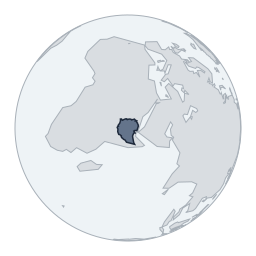 Ethiopia on an orthographic globe, rotated 61°
{"feature_id": "ETH", "entity_name": "Ethiopia", "entity_type": "country or territory", "adm_level": 0, "iso_a3": "ETH", "parent_name": "Africa", "parent_adm1": "", "projection": "orthographic", "projection_center": [38.934, 9.154], "detail": "coarse", "context": "on_globe", "style": "filled", "palette": "slate", "viewbox_px": 256, "rotation_deg": 61, "n_neighbors": 0, "source": "natural_earth", "source_scale": "50m", "svg_char_len": 8037}
<svg xmlns="http://www.w3.org/2000/svg" viewBox="0 0 256 256"><g transform="rotate(61 128 128)"><circle cx="128" cy="128" r="113" fill="#eef3f6" stroke="#a8b0b8"/><path d="M72.1,30.2L73.8,29.3L66.7,33.6L60.9,38.0L59.1,39.3L56.8,40.7L57.4,40.2L64.5,34.9L72.1,30.2ZM51.8,45.1L52.2,44.7L50.6,46.2L50.3,46.4L51.8,45.1ZM15.7,119.4L15.7,119.8L15.4,125.0L15.4,127.7L15.5,129.2L15.5,131.2L17.6,137.0L20.1,143.5L21.0,150.2L20.8,156.9L25.1,172.5L25.8,175.4L22.6,167.8L20.0,160.0L18.0,152.1L16.5,144.0L15.6,135.8L15.4,127.6L15.7,119.4ZM97.9,19.5L98.8,19.2L100.5,18.8L97.9,19.5ZM108.6,17.0L106.0,17.5L103.9,18.0L102.3,18.4L104.6,17.8L108.6,17.0ZM110.2,16.8L111.3,16.6L110.3,16.8L110.2,16.8ZM113.3,16.3L111.9,16.5L111.6,16.6L113.3,16.3ZM114.7,16.1L115.8,16.0L112.4,16.4L112.6,16.4L114.7,16.1ZM115.1,16.3L110.9,16.8L110.3,16.8L114.5,16.2L115.1,16.3ZM183.6,30.0L184.4,30.5L192.7,36.1L192.7,35.8L194.9,37.3L199.9,41.3L204.8,45.6L214.6,57.2L218.2,61.3L220.2,64.0L220.9,65.8L218.0,61.8L216.4,60.4L214.7,58.1L214.8,60.1L212.4,56.8L213.7,60.3L216.1,62.9L216.8,62.0L219.0,66.9L223.1,71.4L226.5,77.4L229.2,88.7L227.7,92.6L228.2,94.7L226.1,92.7L225.5,97.0L231.2,108.0L231.8,111.4L229.9,118.5L229.5,116.0L224.0,110.6L224.6,118.9L228.8,125.1L230.3,133.0L227.8,130.9L226.0,124.1L224.1,122.0L223.4,114.8L219.6,104.6L217.0,107.1L216.1,102.9L210.4,95.0L205.9,98.4L199.6,110.5L200.6,121.3L197.6,126.5L189.5,111.5L186.2,101.4L183.0,102.6L174.9,94.6L160.1,95.0L158.2,92.5L155.4,93.8L149.7,91.5L146.9,87.4L143.3,87.8L150.9,98.7L154.7,98.3L158.2,93.9L159.6,97.9L165.1,101.3L158.3,111.5L136.7,121.1L135.0,113.0L120.5,91.5L121.2,89.1L121.1,88.8L121.0,88.3L119.3,92.2L116.9,88.1L124.2,102.9L125.3,109.5L136.4,121.6L135.3,122.9L139.0,125.4L151.2,122.0L151.2,124.7L145.2,137.5L128.5,154.9L131.0,166.4L130.2,176.1L120.3,182.5L121.8,189.8L116.8,192.3L116.8,196.4L113.1,200.7L106.7,204.6L95.3,204.3L94.1,200.6L87.7,193.2L78.5,175.2L80.9,167.0L79.7,160.5L71.5,145.7L73.2,137.7L71.1,134.1L66.8,134.7L64.4,130.5L61.8,130.2L46.0,131.8L41.5,126.0L37.1,109.3L40.2,103.2L41.4,95.9L63.5,73.3L67.5,75.0L84.0,72.9L85.9,73.9L83.2,79.2L95.0,86.5L99.7,82.1L111.2,86.1L119.3,86.1L123.6,76.0L110.3,75.7L108.8,70.8L120.1,66.8L131.9,67.7L131.6,65.8L124.9,61.6L128.2,58.5L122.6,60.0L124.4,61.8L120.9,63.0L119.1,61.4L120.3,60.3L117.0,59.4L111.8,65.7L113.1,68.3L103.9,69.3L105.1,73.8L102.3,75.8L99.3,69.0L100.1,66.6L93.8,59.6L92.1,62.2L97.9,69.1L95.8,68.5L93.5,72.6L93.6,69.0L87.7,61.3L79.8,62.7L68.6,72.4L64.3,73.1L61.2,70.9L66.5,60.8L75.6,60.5L77.6,57.5L76.8,53.1L79.6,53.5L80.4,51.8L83.9,51.8L90.0,48.0L93.7,47.7L97.1,43.0L99.4,42.4L96.8,45.2L96.9,47.3L106.4,47.4L108.5,46.4L109.9,43.5L112.3,44.1L112.5,41.3L118.4,40.5L111.3,39.4L112.8,36.5L116.9,34.5L116.1,33.4L109.4,36.8L107.9,38.4L108.7,40.0L103.4,44.9L99.9,45.7L100.6,40.2L95.8,40.9L98.4,36.8L114.9,29.4L121.2,28.4L129.6,32.2L127.6,33.7L123.5,33.0L126.3,36.1L126.5,34.6L128.6,35.3L130.5,33.2L132.0,33.6L131.2,31.0L133.3,31.3L133.8,32.9L138.4,30.5L142.9,30.9L143.3,30.2L142.3,29.3L148.7,30.6L148.7,30.1L146.6,29.4L145.1,28.0L144.9,26.1L147.2,26.7L147.5,27.4L151.6,30.0L152.2,32.2L153.1,32.3L153.1,30.5L148.1,27.3L147.4,26.0L150.1,27.4L149.1,26.8L149.4,26.3L151.9,26.5L149.0,25.1L149.8,20.9L154.6,21.3L156.9,22.6L159.8,21.5L165.0,22.7L163.1,22.0L163.1,21.5L161.5,21.0L160.5,20.7L160.0,20.0L168.1,22.8L176.0,26.1L183.6,30.0ZM55.1,84.9L54.3,87.1L55.1,84.9ZM143.9,74.1L151.2,74.6L148.6,68.4L151.2,68.1L149.3,66.3L148.4,67.9L143.9,62.9L147.3,61.2L146.8,58.7L144.3,58.5L138.8,62.5L145.1,69.5L143.1,72.0L143.9,74.1ZM53.5,44.1L50.7,46.7L52.4,45.0L51.2,45.9L53.3,43.7L58.3,39.9L55.7,41.9L53.5,44.1ZM81.3,43.8L82.1,44.8L80.3,46.6L75.5,47.9L78.2,45.2L81.3,43.8ZM83.8,45.9L85.8,40.7L88.8,40.0L86.8,41.2L88.6,41.3L85.8,43.3L86.7,48.1L85.1,50.1L77.2,50.8L80.7,49.3L79.6,48.3L83.8,45.9ZM85.6,31.5L86.5,30.0L91.9,30.3L90.4,31.7L85.6,32.8L84.5,31.8L85.6,31.5ZM86.7,23.2L87.6,22.9L89.1,22.3L91.8,21.3L100.8,18.7L101.1,18.6L97.9,19.5L98.2,19.4L89.5,22.3L89.1,22.4L84.5,24.4L81.6,25.5L84.6,24.1L79.0,26.7L80.5,25.9L76.8,27.7L79.8,26.2L86.7,23.2ZM115.7,18.8L113.6,18.6L114.7,19.8L111.5,20.0L111.9,20.1L109.2,20.8L106.6,21.8L105.3,21.8L104.9,22.3L103.1,22.8L102.1,23.5L99.3,23.9L97.8,24.8L97.3,24.4L95.5,26.0L95.6,25.0L93.4,25.9L94.4,26.3L82.1,28.3L76.8,30.4L72.4,32.8L73.2,31.3L78.0,28.3L84.4,25.1L89.3,23.6L88.8,23.4L91.1,22.6L90.5,23.1L92.7,22.0L94.4,21.5L100.1,19.7L102.1,18.8L104.3,18.2L104.3,18.4L106.4,17.8L107.9,17.9L109.5,17.5L112.6,17.5L111.8,18.3L113.6,17.9L116.0,18.0L115.7,18.8ZM115.9,16.3L115.7,16.8L113.8,17.3L109.2,17.3L107.6,17.5L104.6,17.9L107.4,17.3L108.0,17.2L109.2,17.0L107.8,17.3L109.8,16.9L110.7,16.9L112.5,16.6L112.0,16.8L115.9,16.3ZM88.7,72.0L90.2,72.3L92.8,72.1L91.5,74.8L88.7,72.0ZM84.5,66.7L86.0,66.4L85.3,69.9L83.7,69.7L84.5,66.7ZM87.4,63.5L86.1,66.2L85.8,64.7L87.4,63.5ZM98.2,44.9L99.9,44.6L99.9,45.3L98.7,46.3L98.2,44.9ZM118.4,23.5L117.5,23.0L118.2,22.8L118.3,21.4L120.7,21.3L121.6,22.1L118.4,23.5ZM121.0,77.7L118.4,79.6L117.3,78.6L118.4,78.1L121.0,77.7ZM104.0,77.1L107.6,78.5L103.6,77.9L104.0,77.1ZM121.1,23.2L120.9,22.6L122.2,22.9L121.1,23.2ZM122.5,21.2L124.1,21.5L121.0,21.2L122.5,21.2ZM165.2,221.7L165.9,222.7L164.2,222.9L165.2,221.7ZM149.7,174.1L142.5,191.0L137.1,191.2L135.9,186.3L138.4,176.2L144.6,173.2L147.6,168.4L149.7,174.1ZM237.4,149.5L237.8,149.8L237.7,150.3L237.4,149.5ZM237.0,148.0L237.7,147.8L236.7,149.2L237.0,148.0ZM237.9,147.8L238.6,146.5L238.9,145.5L238.7,146.6L237.9,147.8ZM236.5,148.2L232.4,149.3L230.5,148.4L231.2,146.4L234.3,146.1L236.5,148.2ZM231.1,146.3L227.8,141.7L221.3,127.3L223.7,127.1L230.0,135.4L229.7,137.1L231.7,140.9L231.1,146.3ZM238.0,134.7L237.6,139.7L235.6,139.9L234.5,139.4L233.9,133.3L234.3,130.0L235.2,129.9L237.5,118.2L238.5,120.5L238.2,125.3L238.9,129.3L238.0,134.7ZM201.1,122.3L203.9,128.5L202.1,129.8L201.1,122.3ZM237.3,110.5L237.1,115.4L236.9,109.0L237.3,110.5ZM236.6,104.5L237.1,106.8L236.3,104.7L236.6,104.5ZM229.1,97.8L228.2,98.6L227.7,97.0L228.5,95.1L229.1,97.8ZM229.0,82.6L230.9,87.2L231.4,88.8L230.0,86.1L229.0,82.6ZM141.1,23.7L138.2,25.5L137.7,27.2L139.9,28.6L135.5,27.6L136.3,25.0L141.1,23.7ZM148.5,21.1L146.6,20.2L148.2,20.3L148.9,20.6L148.5,21.1ZM146.8,20.7L142.9,20.2L142.4,19.6L145.5,20.1L146.8,20.7ZM132.0,21.1L130.9,21.6L129.9,21.2L132.0,21.1ZM220.8,191.8L218.5,194.7L218.4,194.1L220.8,190.7L225.4,181.3L225.7,181.3L228.4,174.9L233.0,167.8L237.0,156.3L234.1,165.7L230.5,174.8L226.0,183.5L220.8,191.8ZM238.3,149.5L239.3,145.2L239.4,144.7L238.3,149.5ZM240.4,134.7L240.3,136.0L240.3,135.1L240.4,134.7ZM240.4,134.9L240.5,133.8L240.4,134.9ZM239.3,130.3L239.5,133.2L240.1,130.9L239.6,134.0L239.7,138.9L239.4,140.9L239.4,135.6L238.9,141.4L238.6,141.4L238.7,136.6L239.2,130.5L239.5,128.0L240.4,126.4L239.3,130.3ZM240.6,130.0L240.6,126.5L240.5,124.1L240.6,125.9L240.6,130.0ZM239.9,118.3L239.1,114.5L238.9,116.2L238.8,110.2L239.7,114.8L239.9,118.3ZM238.4,109.7L238.3,111.3L238.1,107.8L238.4,109.7ZM238.0,110.0L237.4,107.2L237.8,107.4L238.0,110.0ZM238.6,109.7L237.7,105.0L238.4,107.7L238.6,109.7ZM235.8,101.2L237.6,105.3L236.2,103.9L233.7,95.1L234.1,94.7L235.8,101.2ZM222.5,66.8L221.1,64.7L220.8,64.1L221.9,65.7L222.5,66.8ZM220.1,63.2L220.2,63.3L221.4,65.5L222.2,66.4L224.5,70.2L222.1,66.8L219.6,62.6L219.1,61.7L220.1,63.2ZM159.7,20.5L158.5,20.0L159.5,20.2L159.7,20.5ZM155.8,19.1L155.5,19.1L154.9,18.8L155.8,19.1ZM155.0,19.5L155.0,19.1L156.4,19.8L155.0,19.5Z" fill="#d9dde1" stroke="#a8b0b8" stroke-width="1"/><path d="M120.9,135.4L119.8,132.9L118.2,131.2L116.5,130.3L117.0,129.3L118.3,129.3L118.6,129.1L118.6,127.2L119.0,125.2L119.6,124.6L120.0,124.8L120.3,124.6L120.7,122.7L121.7,121.2L122.6,121.0L123.4,118.0L124.4,117.9L124.8,117.6L125.4,118.2L126.0,116.8L127.0,117.6L128.3,117.3L128.5,117.5L130.3,117.6L131.6,118.3L134.6,121.5L133.5,123.0L133.5,124.4L135.7,124.3L135.2,125.1L135.6,125.9L136.8,127.5L137.8,128.2L143.6,130.1L145.5,130.1L139.7,136.2L137.1,136.4L135.7,137.4L134.1,137.8L133.8,138.1L132.3,138.2L131.6,137.6L129.8,138.4L129.1,139.2L126.3,138.8L124.0,137.3L122.3,137.2L121.8,136.5L121.8,135.5L120.9,135.4Z" fill="#64748b" stroke="#1e293b" stroke-width="1.5"/></g></svg>